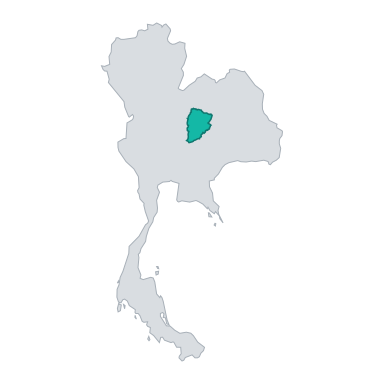 Thailand, with Chaiyaphum highlighted
{"feature_id": "THA-437", "entity_name": "Chaiyaphum", "entity_type": "Province", "adm_level": 1, "iso_a3": "THA", "parent_name": "Thailand", "parent_adm1": "", "projection": "orthographic", "projection_center": [101.826, 15.959], "detail": "fine", "context": "in_parent", "style": "filled", "palette": "teal", "viewbox_px": 384, "rotation_deg": 0, "n_neighbors": 0, "source": "natural_earth", "source_scale": "10m", "svg_char_len": 7270}
<svg xmlns="http://www.w3.org/2000/svg" viewBox="0 0 384 384"><path d="M161.6,25.5L162.0,27.2L163.7,25.0L165.9,24.0L170.1,28.8L170.6,30.8L167.4,38.4L167.9,41.0L169.9,43.1L172.3,44.3L174.9,44.0L179.7,41.8L185.0,43.3L184.7,48.3L186.6,56.3L183.9,64.5L181.3,68.6L183.3,72.1L183.4,75.4L178.2,88.2L179.2,89.2L182.5,90.6L183.9,90.2L189.3,85.2L195.2,81.3L197.2,78.0L200.9,76.9L204.3,73.9L212.1,79.1L214.1,79.5L215.1,80.4L215.5,82.5L216.5,82.9L219.7,79.9L225.0,78.0L227.1,73.6L229.6,72.3L229.3,70.1L230.1,69.3L234.4,69.0L241.1,71.3L243.4,71.7L244.5,71.2L255.1,85.3L262.0,90.6L263.7,94.3L262.3,103.9L262.5,109.3L264.1,113.4L267.0,116.3L269.2,120.4L277.1,124.2L276.5,125.3L277.0,127.8L282.0,130.7L282.5,131.7L282.0,135.6L279.8,138.5L279.3,140.9L279.3,143.9L280.7,148.3L279.2,157.6L276.3,160.2L272.5,162.2L270.4,164.7L268.9,164.1L268.1,161.5L263.8,160.2L255.7,161.6L251.6,161.1L246.2,162.0L240.8,161.7L237.7,160.6L228.8,162.7L225.1,164.6L222.4,167.3L218.4,174.0L214.3,178.2L214.3,179.9L209.3,181.0L209.5,186.8L212.5,193.0L213.3,200.9L219.1,206.5L218.0,210.4L218.7,214.2L223.1,222.9L219.9,218.8L219.3,215.9L215.5,211.6L214.3,213.7L209.9,210.5L208.0,207.2L207.3,208.7L202.9,204.1L198.5,201.6L196.0,200.5L189.7,202.1L181.8,200.8L178.7,202.0L177.5,201.3L176.7,199.9L179.0,183.4L172.2,181.4L171.0,180.3L169.5,181.5L162.8,182.1L157.9,185.1L157.3,187.6L159.5,192.2L156.6,200.3L157.5,208.0L157.1,212.2L153.7,217.5L152.8,221.8L148.9,228.3L146.3,236.5L145.6,241.4L141.0,248.6L139.9,252.7L138.3,254.3L138.9,257.6L138.0,267.6L140.9,275.0L140.1,278.3L143.2,279.6L150.7,277.3L153.2,278.0L154.8,282.0L156.6,293.9L159.8,297.6L160.6,295.8L162.0,297.7L163.2,301.3L167.1,320.0L169.1,324.9L166.7,323.7L165.4,317.8L163.2,317.5L164.0,313.8L162.6,312.5L160.4,313.5L160.4,316.4L166.4,325.8L170.1,326.1L174.7,330.2L179.9,333.3L186.3,332.2L190.8,333.2L193.4,335.7L197.7,342.1L204.5,347.3L203.5,350.6L200.8,353.3L199.4,356.7L197.5,357.8L194.9,357.8L192.1,354.9L185.3,357.5L183.8,360.2L182.0,361.0L179.0,357.9L179.3,356.2L181.2,353.7L180.7,347.3L176.6,347.2L173.9,342.3L173.0,341.9L171.0,342.6L164.5,340.2L162.6,337.2L160.7,337.4L159.4,342.6L153.7,335.6L149.8,332.7L150.4,327.5L147.7,326.4L146.6,324.9L147.6,321.8L143.9,322.3L142.2,321.4L140.0,315.8L138.2,313.5L135.8,313.5L135.0,312.4L135.3,309.6L129.3,305.6L127.4,301.1L124.6,299.1L122.8,299.7L121.0,302.8L119.7,302.6L118.4,301.7L116.9,297.2L117.1,289.3L119.0,284.8L120.1,277.5L122.9,271.4L128.8,253.4L129.1,246.4L139.0,236.3L145.5,224.8L147.7,223.1L148.6,221.0L145.3,211.6L143.8,205.1L144.1,203.4L140.0,199.0L139.0,193.9L137.9,192.3L137.6,190.6L139.1,187.7L138.4,176.6L133.9,168.9L126.0,161.6L118.9,151.1L118.0,147.4L117.9,142.1L123.7,138.7L126.0,138.5L127.0,122.9L132.0,120.0L133.1,118.7L133.6,116.1L132.5,114.5L129.3,117.1L128.6,116.5L124.8,107.2L124.0,101.6L108.4,82.5L109.2,79.3L107.0,71.2L104.7,71.0L103.1,69.5L101.5,65.8L104.6,66.4L109.7,64.4L109.0,56.5L111.2,52.0L111.6,44.5L115.5,40.1L116.1,37.9L118.1,37.7L120.9,39.4L123.7,39.4L135.5,37.7L137.1,35.7L137.9,31.6L139.0,30.3L141.7,29.9L144.7,30.8L147.9,29.2L147.4,24.3L153.0,25.3L156.7,23.0L161.6,25.5ZM121.3,304.9L120.4,310.7L118.1,311.9L117.4,308.5L118.8,303.0L119.4,304.3L121.3,304.9ZM158.6,271.2L158.2,274.1L156.1,275.0L155.6,271.8L158.6,271.2ZM209.3,213.0L211.8,217.0L208.9,216.7L208.4,212.8L209.3,213.0ZM149.0,340.7L147.7,339.0L148.8,336.4L149.9,339.6L149.0,340.7ZM125.1,305.6L124.6,308.8L123.5,304.4L125.1,305.6ZM158.7,268.7L157.6,268.4L156.6,266.5L158.0,266.5L158.7,268.7ZM135.1,315.3L136.4,319.1L134.9,317.3L135.1,315.3ZM215.8,223.6L215.4,226.0L214.1,225.0L215.0,223.3L215.8,223.6ZM118.7,282.2L117.3,283.1L118.5,280.9L118.7,282.2Z" fill="#d9dde1" stroke="#a8b0b8" stroke-width="1"/><path d="M209.4,129.0L209.2,129.0L208.9,129.1L208.2,129.5L207.7,130.1L207.4,130.3L207.0,130.3L206.9,130.0L206.7,130.2L206.9,130.3L206.6,130.4L206.0,130.4L205.6,130.6L205.7,130.9L205.6,131.1L205.3,131.4L205.3,131.5L205.4,131.8L205.3,132.0L205.2,132.0L204.9,132.5L204.7,132.7L204.4,133.0L204.0,133.3L203.8,133.0L203.0,132.4L202.8,132.8L202.2,133.9L202.2,134.0L201.9,134.2L201.4,134.5L201.2,134.7L201.1,134.9L201.0,135.3L201.0,135.5L201.3,136.2L201.3,136.4L201.3,136.5L201.2,136.8L200.3,137.2L200.1,137.4L200.0,137.6L199.9,137.7L199.7,138.0L199.6,138.5L199.5,138.8L199.4,138.8L199.1,138.8L198.9,138.7L198.7,138.6L198.3,138.6L197.7,138.8L197.4,138.9L196.0,139.7L195.2,140.1L194.3,140.3L194.1,140.4L193.9,140.5L193.3,141.2L193.0,141.4L192.5,141.7L189.4,142.6L189.2,142.6L188.9,142.6L188.6,142.1L188.5,141.9L188.4,141.7L188.2,141.4L187.9,141.2L186.6,140.6L187.4,139.8L187.6,139.6L188.2,138.2L188.2,137.5L188.3,136.9L188.3,136.0L188.2,135.6L188.2,135.3L188.1,134.9L188.1,134.7L188.2,133.8L188.3,132.9L188.7,131.9L188.7,131.7L188.8,131.5L188.7,131.4L188.6,131.2L188.4,131.1L188.1,131.1L187.9,131.0L187.4,130.6L187.4,130.4L187.3,130.2L187.2,128.2L187.3,128.0L187.3,127.9L187.4,127.7L187.5,127.6L187.8,127.4L188.0,127.3L188.0,127.2L188.3,126.2L188.5,125.7L188.5,125.4L188.4,125.3L188.2,125.3L188.0,125.2L187.8,125.2L187.7,125.2L187.5,124.9L187.4,124.6L187.3,124.2L187.2,123.0L187.2,122.9L187.7,120.5L187.7,120.3L187.7,120.1L187.7,119.9L187.8,119.8L187.8,119.7L188.0,119.5L188.1,119.4L188.1,119.2L188.0,118.9L187.9,118.9L187.8,118.7L187.7,118.6L187.8,118.6L187.9,118.4L188.0,118.3L188.1,118.1L188.4,116.4L188.5,116.3L188.6,116.2L188.8,116.0L188.9,115.9L189.0,115.7L188.9,115.4L189.0,115.3L189.1,115.2L189.6,114.6L189.8,114.5L189.9,114.4L190.0,114.1L190.1,113.9L190.3,113.7L190.4,113.4L190.3,113.0L190.3,112.9L190.4,112.7L190.7,112.5L190.9,112.3L191.2,112.2L191.3,112.1L191.4,111.9L191.1,111.6L191.0,111.3L191.0,110.8L191.1,110.6L191.3,110.4L191.5,110.1L191.5,109.9L191.4,109.8L191.3,109.7L191.3,109.3L191.3,109.2L191.5,109.0L191.8,109.0L192.0,109.1L192.3,109.2L192.5,109.1L192.6,108.9L192.8,108.8L193.0,108.6L193.3,108.4L193.4,108.5L193.5,108.5L193.7,108.8L193.8,108.9L194.0,108.9L194.4,108.8L194.6,108.8L194.9,108.8L195.2,108.9L195.3,108.9L195.4,109.0L195.5,109.0L195.8,109.4L195.9,109.5L196.1,109.6L196.3,109.4L196.5,109.3L196.6,109.2L197.0,109.5L197.3,109.8L197.5,109.9L198.2,109.5L198.3,109.5L198.5,109.5L198.8,109.5L200.1,110.0L200.3,110.1L200.8,110.0L201.0,110.0L201.3,110.2L201.4,110.3L201.5,110.6L201.6,111.0L201.8,111.4L201.9,111.5L202.0,111.5L202.4,111.6L202.5,111.7L202.7,111.9L203.2,112.6L203.3,112.7L203.4,112.8L203.6,112.9L203.7,113.0L203.8,113.0L205.7,113.1L205.8,113.1L206.0,113.1L206.3,113.0L206.6,113.0L206.8,113.1L207.0,113.2L207.3,113.3L207.7,113.7L207.8,113.8L208.0,113.9L208.4,114.0L208.5,114.1L208.8,114.3L209.0,114.3L209.3,114.3L209.6,114.2L209.8,114.2L209.9,114.3L210.0,114.3L210.1,114.5L210.3,114.5L210.5,114.5L210.7,114.4L210.8,114.4L210.7,114.2L210.8,114.1L211.0,114.1L211.2,114.5L211.3,114.7L211.3,114.8L211.5,114.9L211.7,115.1L211.8,115.1L212.1,115.2L212.1,115.5L212.0,115.8L211.6,117.2L211.3,117.9L211.0,119.0L210.9,119.3L210.7,119.6L210.5,119.8L210.4,120.0L209.8,120.7L209.8,120.8L209.5,121.4L209.4,121.6L208.6,122.5L208.1,122.8L208.0,123.0L208.2,123.4L208.3,123.5L208.7,123.7L209.5,124.0L210.1,124.4L210.2,124.5L210.3,124.6L210.6,124.7L210.8,125.0L210.7,125.0L210.5,125.4L210.4,125.6L210.3,126.2L210.3,126.4L210.2,126.7L210.0,127.0L209.9,127.1L209.8,127.3L209.5,127.7L209.4,128.0L209.5,128.3L209.5,128.6L209.5,128.8L209.4,129.0Z" fill="#14b8a6" stroke="#0f766e" stroke-width="1.5"/></svg>